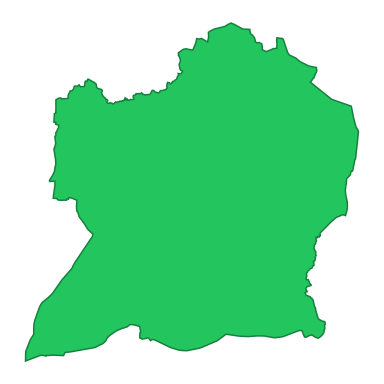 the district of Wachirabarami, Phitsanulok, Thailand
{"feature_id": "78962969B59938100637315", "entity_name": "Wachirabarami", "entity_type": "district", "adm_level": 2, "iso_a3": "THA", "parent_name": "Thailand", "parent_adm1": "Phitsanulok", "projection": "robinson", "projection_center": [100.102, 16.525], "detail": "fine", "context": "isolated", "style": "filled", "palette": "green", "viewbox_px": 384, "rotation_deg": 0, "n_neighbors": 0, "source": "geoboundaries", "source_scale": "gbopen_adm2", "svg_char_len": 5795}
<svg xmlns="http://www.w3.org/2000/svg" viewBox="0 0 384 384"><path d="M58.4,98.3L55.9,99.8L55.9,109.2L55.7,113.3L54.9,113.4L54.4,113.6L53.9,121.6L53.9,122.2L55.9,122.4L55.5,123.9L55.6,124.2L58.6,125.2L58.8,125.5L58.5,127.7L58.1,128.2L56.6,131.6L55.9,132.5L55.8,135.7L54.9,136.3L55.2,140.1L55.7,142.2L55.6,143.9L54.9,146.6L53.9,149.1L55.5,159.2L55.8,163.5L55.6,165.2L54.9,167.5L54.6,170.4L54.0,172.5L52.4,175.7L49.5,180.2L49.6,181.5L53.2,181.2L54.9,181.3L54.9,185.2L53.8,193.2L53.2,198.3L56.8,198.5L57.6,199.8L61.0,200.4L64.3,200.1L66.6,200.2L67.2,198.8L68.4,199.2L69.1,197.5L71.5,198.0L76.8,200.2L76.5,206.9L76.7,210.7L76.8,211.0L77.2,211.2L78.3,213.8L79.0,216.5L84.2,223.6L88.1,229.7L92.8,234.1L92.7,235.1L92.2,237.1L91.2,238.2L74.7,262.8L73.1,265.7L72.4,267.5L71.2,269.2L61.6,280.3L52.4,293.5L47.7,298.1L42.4,302.3L41.5,303.5L40.1,305.8L38.8,309.0L34.9,320.0L34.0,323.8L33.7,328.1L33.8,334.1L30.2,340.0L25.7,351.4L25.5,361.0L39.8,355.6L41.5,355.2L42.4,355.2L46.2,356.1L46.5,355.4L47.6,355.5L53.3,355.1L63.5,355.6L64.9,352.8L65.3,352.5L71.0,351.8L95.0,347.5L100.0,344.9L102.4,343.9L105.0,341.8L106.0,340.5L107.3,337.8L109.4,335.7L116.1,331.0L121.8,328.5L124.1,327.9L125.6,327.2L126.9,327.0L129.0,325.4L129.6,324.6L133.4,324.7L139.5,326.4L139.8,326.7L140.7,332.4L139.9,332.9L139.8,337.9L141.0,338.4L142.1,339.1L146.0,338.4L147.5,337.8L147.9,337.8L149.0,338.5L150.6,340.6L152.5,339.5L154.5,339.8L170.4,347.5L178.8,350.1L182.9,350.6L187.0,350.7L197.0,348.7L200.4,347.9L202.2,347.2L217.3,340.7L226.1,334.2L238.7,336.1L248.0,336.6L257.4,335.9L264.2,336.0L274.6,337.8L282.8,336.7L298.4,330.8L301.2,330.4L302.0,330.7L304.0,335.9L304.6,336.9L305.2,337.3L306.1,337.1L309.6,335.5L310.8,335.1L312.0,335.1L312.3,335.1L313.5,336.1L314.7,336.8L316.8,337.9L318.4,338.1L319.5,337.5L321.5,335.8L323.1,333.9L323.9,332.5L324.1,331.0L324.8,328.6L324.6,325.3L325.2,324.5L325.3,323.9L325.2,322.6L324.9,322.0L324.4,321.5L322.2,321.1L320.1,319.9L318.8,319.1L318.0,318.0L315.7,310.1L315.4,307.8L314.7,306.6L314.0,304.5L313.3,300.4L312.5,299.5L312.0,298.4L310.9,297.8L310.4,296.9L309.6,296.5L308.9,296.4L307.9,295.8L306.9,295.6L306.2,295.2L305.9,294.8L305.7,293.9L305.1,292.9L305.5,292.4L306.3,291.9L307.1,291.8L307.2,291.6L307.1,291.1L306.4,290.8L306.3,289.9L305.8,289.1L306.0,288.2L306.6,287.1L308.5,286.1L310.6,285.7L311.0,285.5L311.2,285.0L310.9,284.5L309.8,283.6L308.4,279.8L307.9,279.6L306.7,279.7L306.3,279.5L306.1,277.9L306.7,276.5L306.9,275.7L306.3,273.7L307.1,272.7L308.2,270.7L309.2,270.0L310.3,268.7L311.8,268.1L312.3,267.4L312.8,266.1L314.0,265.3L313.9,263.3L313.4,261.8L313.7,261.4L314.5,261.1L314.9,260.7L315.4,258.4L315.5,256.5L316.0,255.6L316.1,255.2L315.7,253.7L315.8,251.8L314.4,249.5L313.8,247.6L314.5,246.6L314.3,245.1L315.5,243.9L315.7,242.4L316.4,241.1L316.4,240.5L315.9,239.8L316.1,239.0L315.8,237.9L315.9,237.4L316.3,237.3L317.0,237.8L317.4,237.7L317.6,237.4L317.7,236.6L318.0,236.3L318.6,236.4L319.2,237.0L319.8,236.6L319.9,235.7L320.5,235.1L320.0,234.2L320.1,233.3L320.3,232.8L331.4,221.6L335.3,218.2L337.0,217.0L339.6,216.2L340.7,215.4L342.2,214.9L342.9,214.8L345.5,215.6L346.5,212.4L347.2,209.0L347.4,206.3L347.3,202.0L346.0,196.2L345.3,190.8L345.9,185.2L346.3,183.9L346.7,178.6L350.3,174.9L351.1,171.3L351.3,171.1L352.4,171.1L352.7,170.7L354.8,160.1L355.3,159.3L355.6,158.5L358.5,131.6L357.6,129.5L356.2,127.2L355.7,125.9L353.6,117.8L351.3,106.2L331.6,99.3L310.4,82.2L312.5,79.5L313.3,77.9L314.0,77.8L315.1,74.6L316.3,72.3L316.8,70.6L316.4,67.5L309.7,66.2L308.0,65.6L300.0,61.6L295.7,58.0L289.5,55.1L288.2,53.4L287.5,52.0L283.5,40.0L282.6,38.6L276.9,37.8L276.6,40.1L277.0,43.9L276.8,46.7L276.8,48.2L273.2,48.7L268.9,50.6L266.2,51.6L262.3,49.7L262.3,46.4L261.7,43.8L258.9,42.5L256.9,42.7L255.3,41.9L255.2,40.4L254.6,38.0L252.8,35.5L250.3,33.5L250.4,32.3L250.1,31.5L249.7,31.2L249.9,29.4L243.6,29.1L242.6,28.9L234.7,24.6L231.1,23.0L228.0,24.4L225.0,26.4L214.4,29.0L210.4,30.9L208.6,32.2L208.4,32.3L208.6,36.5L208.4,38.2L207.6,42.0L201.4,38.4L200.9,38.7L198.9,39.0L196.7,38.6L195.7,43.3L192.8,50.1L185.8,48.8L183.2,49.3L178.4,52.8L178.2,53.1L178.5,53.8L178.6,54.3L178.3,55.2L179.2,56.4L180.4,59.8L180.3,61.4L179.2,64.1L179.3,65.9L180.1,69.5L180.8,70.2L182.6,71.1L182.4,71.7L180.9,73.8L178.1,73.5L178.6,75.3L177.5,76.4L176.7,79.1L174.7,80.3L173.7,81.6L172.9,81.3L171.0,83.8L170.2,83.7L169.3,82.6L167.6,82.4L167.0,83.9L166.8,85.4L166.8,86.9L167.0,88.3L166.7,88.7L165.8,89.4L162.7,90.4L160.3,90.7L159.2,92.6L157.9,92.7L156.2,92.4L154.7,91.7L153.9,90.6L152.6,90.3L152.0,90.6L150.4,93.8L149.2,94.7L147.3,94.5L145.8,94.9L144.4,94.7L143.7,94.3L142.9,94.6L141.8,93.0L141.5,92.8L140.6,93.6L138.7,93.7L137.9,93.5L137.0,93.9L136.1,93.6L135.3,95.0L134.0,95.2L133.4,95.5L133.1,96.9L133.7,98.1L133.9,98.8L133.7,99.1L132.7,99.6L130.3,99.5L129.1,100.5L128.6,100.4L128.0,99.8L126.7,100.2L126.6,99.9L127.0,99.3L127.0,98.9L126.0,98.8L125.7,98.1L125.2,97.8L125.1,98.6L124.6,99.1L124.9,99.8L124.7,100.2L123.9,100.1L123.6,100.7L123.3,100.9L122.2,100.7L121.5,101.5L121.0,101.2L119.7,101.2L119.4,101.4L118.8,102.1L117.9,101.9L116.5,102.3L115.8,101.9L114.0,103.6L113.0,103.9L112.6,103.9L111.8,103.1L110.6,103.1L110.1,102.6L109.3,103.3L108.6,103.4L107.2,102.9L106.9,102.4L107.0,101.9L107.7,100.9L107.6,100.0L106.6,99.4L105.7,99.4L105.6,98.5L105.2,98.0L103.5,96.7L102.1,94.5L101.7,92.6L102.4,90.7L101.9,89.8L101.1,89.3L99.0,88.8L97.0,87.9L96.6,87.4L96.4,85.1L96.2,84.2L96.0,83.9L95.1,83.4L94.6,82.6L90.2,80.3L88.9,79.4L88.0,79.1L87.5,79.5L87.4,80.9L87.1,81.4L86.6,81.5L85.8,81.0L85.3,81.2L84.9,82.8L84.5,86.3L84.2,86.6L81.9,86.6L80.6,86.8L79.0,84.8L78.0,85.6L77.3,86.4L75.3,86.0L74.4,86.2L73.8,88.2L72.8,90.1L71.8,90.7L70.2,91.0L69.8,91.7L69.0,93.6L68.5,94.0L68.1,96.2L68.1,98.0L67.9,98.3L66.1,98.7L63.7,98.6L62.2,98.9L61.4,98.8L61.4,98.3L59.9,97.9L58.4,98.3Z" fill="#22c55e" stroke="#15803d" stroke-width="1.5"/></svg>